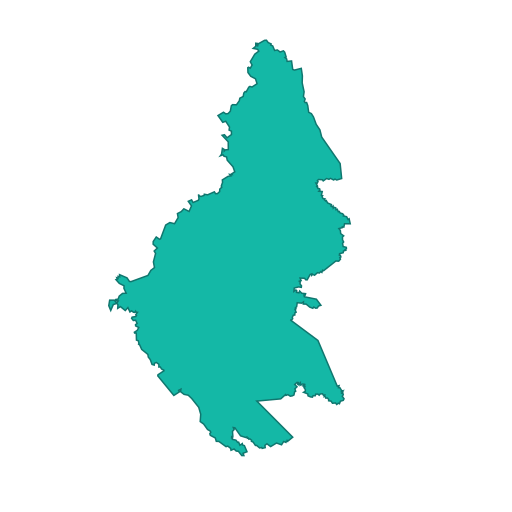 Maulvibazar, Sylhet, Bangladesh, rotated 322°
{"feature_id": "16705992B62450131352427", "entity_name": "Maulvibazar", "entity_type": "district", "adm_level": 2, "iso_a3": "BGD", "parent_name": "Bangladesh", "parent_adm1": "Sylhet", "projection": "albers", "projection_center": [91.87, 24.487], "detail": "fine", "context": "isolated", "style": "filled", "palette": "teal", "viewbox_px": 512, "rotation_deg": 322, "n_neighbors": 0, "source": "geoboundaries", "source_scale": "gbopen_adm2", "svg_char_len": 6143}
<svg xmlns="http://www.w3.org/2000/svg" viewBox="0 0 512 512"><g transform="rotate(322 256 256)"><path d="M123.6,405.8L124.3,403.5L128.4,404.7L130.1,398.3L129.0,396.5L129.7,395.4L126.8,395.2L127.7,392.0L126.8,391.5L126.8,388.7L124.5,386.0L125.2,385.1L124.7,384.4L125.6,383.4L126.1,384.4L126.8,383.8L129.5,379.7L131.9,379.3L132.5,377.2L133.6,378.4L133.1,388.2L136.2,392.7L137.4,393.0L136.9,394.3L137.9,394.8L137.6,396.0L138.6,396.4L139.1,398.5L138.3,399.2L139.2,400.9L138.9,404.9L139.9,405.7L140.7,409.5L142.6,410.4L142.4,411.4L145.3,412.7L146.4,410.7L149.0,410.7L150.2,415.2L157.0,416.0L159.9,420.5L163.6,419.2L164.8,421.3L165.6,420.7L166.6,421.5L167.1,420.6L167.8,421.5L173.4,421.4L167.3,370.8L187.5,383.8L194.0,383.4L193.8,384.3L195.8,384.9L196.7,387.6L198.4,388.5L200.3,388.9L202.8,386.8L204.0,387.0L204.9,384.6L207.8,384.3L207.4,381.1L210.5,380.8L211.4,381.7L209.9,382.5L210.1,383.6L212.8,383.2L211.2,385.0L213.5,385.3L215.4,387.1L215.1,387.7L213.0,387.2L214.0,389.2L212.8,389.3L212.7,391.6L211.4,393.0L209.6,392.7L211.9,396.6L210.9,398.2L212.2,400.6L213.6,402.0L215.0,401.2L216.7,402.6L218.0,401.6L219.7,402.9L220.1,404.6L221.6,404.2L223.6,405.5L223.4,407.2L224.6,407.8L223.3,408.7L224.0,408.9L223.5,411.0L224.8,411.8L225.0,413.7L224.1,414.8L225.8,416.6L225.6,419.1L228.2,420.8L228.2,422.7L230.2,422.6L230.8,423.8L233.1,422.4L235.9,423.5L237.5,422.7L237.6,419.7L239.4,419.0L239.9,417.7L239.2,417.0L240.7,416.6L239.9,415.6L241.3,415.5L240.6,415.1L241.0,411.4L239.9,410.5L241.6,409.3L239.9,408.6L252.8,360.7L243.7,327.4L244.5,328.3L246.3,328.0L246.8,326.7L249.0,325.6L250.2,326.4L251.7,324.7L253.0,325.0L253.9,322.0L255.0,322.2L255.1,321.1L256.8,321.0L259.7,318.2L263.0,321.3L265.1,321.4L263.7,323.0L265.9,324.8L266.9,329.4L268.6,332.2L270.1,331.8L270.9,333.9L272.3,334.7L274.4,333.9L276.8,334.8L277.0,327.2L269.0,317.9L269.7,316.4L270.7,317.1L271.9,316.2L269.1,313.5L268.8,310.5L267.2,311.5L265.5,309.6L266.7,308.5L266.5,307.3L264.1,307.2L266.4,304.8L270.6,306.6L272.4,308.6L273.5,307.5L273.5,305.1L275.1,303.4L274.0,302.2L276.4,303.2L277.1,300.5L280.6,303.5L280.5,305.3L281.6,306.3L287.3,303.9L288.9,304.4L288.0,305.5L289.4,305.4L290.3,307.2L294.2,307.0L295.4,308.4L297.4,308.2L297.8,309.5L299.7,308.2L300.2,309.2L315.8,309.1L318.0,311.0L320.6,310.5L321.1,308.8L322.3,309.0L322.9,307.5L322.2,306.7L323.3,305.6L326.7,307.1L328.0,305.9L330.1,306.7L330.0,305.9L331.7,306.0L332.5,304.8L330.5,302.2L332.0,299.3L333.7,298.9L334.1,296.6L335.9,294.2L337.5,294.1L336.5,290.5L338.2,287.8L338.2,285.4L341.5,286.8L342.0,286.2L343.0,287.3L345.6,285.1L350.1,288.6L352.3,284.0L351.0,283.9L351.6,280.8L349.5,278.2L350.3,277.8L350.3,276.0L348.8,274.0L349.0,272.1L348.1,271.8L348.8,269.2L347.5,268.8L348.5,267.1L347.4,265.6L346.4,265.8L347.5,264.0L346.3,264.0L345.8,262.8L347.1,261.9L345.1,258.3L345.5,255.6L344.8,255.6L344.5,253.8L345.5,253.5L344.1,251.7L344.7,249.7L345.6,249.5L344.9,248.4L347.9,246.0L345.4,243.7L347.0,243.4L347.5,242.2L346.3,240.8L347.3,239.0L346.0,238.4L347.6,238.3L348.1,235.4L349.1,236.3L350.7,235.5L350.7,234.4L352.4,234.2L355.3,236.8L355.2,238.2L359.3,238.4L360.7,240.5L362.5,240.7L364.0,243.9L365.6,244.0L366.4,245.8L371.2,247.7L379.2,235.0L381.0,202.7L384.0,196.0L384.5,189.3L386.9,181.8L387.3,177.9L386.0,175.2L389.4,169.3L390.4,166.2L389.2,165.4L389.2,164.0L391.4,162.5L391.5,159.6L395.0,156.2L399.0,148.0L403.4,142.7L407.2,136.0L400.8,133.2L399.8,131.6L404.1,124.2L400.3,121.8L401.5,119.6L401.0,117.4L402.3,117.7L404.1,113.0L403.9,111.2L400.6,110.1L399.7,106.8L397.2,105.5L398.5,100.8L397.5,98.8L398.5,98.2L397.0,95.3L397.1,92.4L395.5,91.3L388.4,90.2L386.7,91.4L386.4,90.1L387.8,89.2L386.8,88.2L384.9,90.6L381.6,90.7L384.5,94.1L384.3,96.3L379.3,96.2L371.1,99.4L370.5,103.1L367.1,104.5L366.4,102.7L365.4,102.6L362.6,106.5L362.5,111.2L364.7,116.0L362.9,120.9L356.9,120.4L355.6,118.6L354.3,118.5L349.4,120.6L348.7,119.7L346.7,120.1L344.1,122.4L340.4,121.7L338.4,123.4L333.7,124.8L330.7,122.3L329.1,122.4L324.9,126.1L321.7,126.6L319.7,125.4L318.9,122.7L312.5,121.9L312.1,130.2L315.1,131.2L314.5,138.1L312.3,140.2L313.5,142.5L311.4,145.2L306.0,145.0L305.8,141.0L303.6,140.0L304.4,148.9L299.7,155.1L297.1,153.4L295.6,153.7L296.5,152.3L295.8,150.5L291.5,154.6L289.7,155.1L292.3,155.9L292.2,157.7L293.8,159.8L292.3,162.8L292.8,171.5L291.1,176.6L287.6,176.3L287.4,177.2L285.5,175.5L285.6,177.4L282.9,176.0L276.3,175.3L275.0,177.4L271.7,179.5L271.4,180.7L268.6,181.0L267.0,182.9L264.0,183.1L262.5,182.0L262.7,179.8L255.5,178.0L253.3,175.5L252.4,176.3L249.5,175.3L248.4,174.1L248.5,172.1L246.3,175.8L244.9,176.6L239.3,175.1L239.8,172.1L236.3,171.2L236.0,176.8L230.7,179.7L228.2,174.4L224.4,175.0L220.2,174.2L218.3,177.8L211.7,180.4L208.7,176.6L203.9,176.0L191.4,183.7L190.3,183.5L189.1,179.6L183.9,181.3L182.2,183.4L183.2,189.0L178.8,189.4L178.5,192.1L171.5,197.5L168.9,202.6L164.3,202.6L158.9,204.8L141.6,199.2L140.6,198.1L140.9,193.8L137.0,186.7L135.8,188.5L134.8,187.1L133.6,188.6L132.9,187.5L132.5,188.9L131.1,188.4L131.4,193.4L133.7,198.2L132.0,200.2L130.8,205.4L127.8,203.3L123.5,203.4L120.8,205.1L118.7,203.9L117.8,204.5L119.8,206.6L118.0,207.2L117.1,206.5L117.2,203.6L113.5,200.7L109.4,204.5L108.0,209.5L113.7,206.4L117.2,207.7L117.2,209.4L114.8,212.1L118.0,212.4L119.4,218.5L123.3,217.8L122.2,222.5L124.2,222.6L124.8,224.9L125.7,225.8L127.2,225.3L126.9,226.5L127.9,227.4L125.0,228.3L125.2,229.3L124.0,229.7L120.8,227.9L119.6,228.5L119.6,231.3L121.6,232.5L120.8,236.0L118.8,235.9L118.1,237.0L119.6,240.1L116.6,241.5L113.2,241.2L112.9,242.0L114.2,243.0L110.0,248.7L111.1,250.3L109.8,253.0L108.6,253.3L109.5,253.4L109.6,254.5L108.4,259.2L110.2,267.0L108.9,269.3L108.9,272.6L107.3,277.4L108.6,279.3L109.9,278.0L111.9,278.5L112.8,281.5L111.1,283.7L112.3,284.5L112.0,286.9L113.1,289.1L112.8,289.8L105.7,289.2L104.8,290.0L105.4,315.3L112.1,315.9L112.3,314.2L114.9,314.7L113.0,316.4L114.1,320.7L116.9,324.0L117.6,328.6L117.7,340.0L115.0,346.7L110.1,352.1L111.3,356.2L111.0,362.9L112.1,365.5L111.9,367.0L110.2,367.6L109.6,369.2L111.9,374.3L110.6,377.6L112.6,379.3L115.0,387.8L116.7,388.4L117.6,392.0L116.7,393.7L119.9,394.6L120.3,397.5L121.9,399.1L121.9,404.5L123.6,405.8Z" fill="#14b8a6" stroke="#0f766e" stroke-width="1.5"/></g></svg>